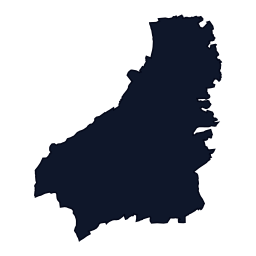 Sutesti, Vâlcea, Romania (Mercator projection)
{"feature_id": "2599482B44989926814330", "entity_name": "Sutesti", "entity_type": "district", "adm_level": 2, "iso_a3": "ROU", "parent_name": "Romania", "parent_adm1": "Vâlcea", "projection": "mercator", "projection_center": [24.211, 44.673], "detail": "fine", "context": "isolated", "style": "filled", "palette": "ink", "viewbox_px": 256, "rotation_deg": 0, "n_neighbors": 0, "source": "geoboundaries", "source_scale": "gbopen_adm2", "svg_char_len": 5819}
<svg xmlns="http://www.w3.org/2000/svg" viewBox="0 0 256 256"><path d="M136.4,221.2L139.1,220.5L139.2,220.2L142.4,219.2L142.5,218.7L149.8,216.5L150.6,217.6L150.6,218.3L150.3,219.4L150.4,221.0L151.5,222.9L157.1,222.5L163.6,222.9L167.1,222.4L170.2,217.7L173.9,217.8L175.3,217.5L178.3,218.0L179.4,218.6L179.7,218.9L179.9,219.2L178.6,219.6L178.6,221.3L178.9,222.3L183.2,222.5L185.0,222.3L184.9,216.4L186.9,215.1L188.2,214.6L188.4,214.0L190.8,212.9L194.9,210.5L194.7,210.2L197.7,208.5L198.4,209.5L200.1,208.2L200.9,209.4L201.5,209.0L202.6,207.3L203.3,205.4L204.2,203.5L202.2,199.3L200.3,196.6L199.0,193.9L198.9,193.0L198.3,192.6L198.0,190.0L198.3,188.9L197.9,187.4L197.7,185.8L198.3,183.6L198.0,181.0L197.7,179.9L198.0,178.3L197.5,175.2L197.0,174.2L196.5,173.7L194.1,172.4L193.8,172.2L193.8,171.8L193.9,171.4L198.8,167.5L206.5,162.3L206.7,162.1L206.7,161.7L209.8,159.4L209.4,158.1L209.5,157.9L211.1,157.2L210.8,156.8L210.4,156.3L210.2,154.8L210.0,154.4L209.6,154.4L209.7,153.7L212.3,153.0L213.5,151.6L214.5,149.5L209.9,150.0L208.5,150.0L208.2,149.8L207.4,148.6L206.9,147.2L205.0,146.4L204.2,142.8L203.3,140.1L204.6,139.6L205.0,140.2L206.6,139.8L207.2,139.3L208.1,137.2L208.4,137.1L209.4,137.1L210.2,137.7L211.2,137.7L211.5,136.9L211.3,135.1L212.2,134.8L210.6,129.7L205.6,131.1L203.8,132.2L197.6,133.3L197.1,133.2L195.6,134.2L195.5,134.7L193.3,135.3L192.9,132.6L194.1,131.2L196.1,128.1L197.0,127.3L199.1,126.5L208.2,126.6L209.8,126.3L211.0,125.5L214.7,126.0L215.7,125.8L215.9,125.7L215.9,125.2L216.3,124.5L218.2,122.4L214.3,123.0L213.4,121.6L214.1,121.0L217.0,119.9L217.0,119.4L216.4,119.1L215.7,118.3L214.3,118.3L213.5,118.0L213.0,117.5L212.9,116.9L212.5,116.1L213.3,114.2L212.3,112.3L207.3,110.6L206.7,112.6L202.0,110.6L201.7,110.1L201.4,110.2L201.1,109.9L200.3,108.1L201.2,107.7L202.0,106.8L205.8,108.3L207.0,108.2L208.9,107.1L210.7,104.4L210.4,103.7L209.7,103.4L209.4,102.8L208.9,101.2L207.8,100.7L206.1,101.1L204.8,101.0L203.1,101.6L202.0,101.6L200.6,101.0L199.6,101.4L198.0,101.2L197.7,101.0L197.7,100.1L197.1,98.5L204.9,98.2L205.9,99.0L206.5,99.0L208.4,97.9L208.7,98.0L209.6,96.9L209.6,96.4L209.1,95.1L207.6,94.6L207.4,93.0L206.9,92.1L206.3,92.0L206.3,91.4L206.8,90.0L206.4,88.1L210.9,87.5L214.0,86.8L214.6,84.8L212.9,84.1L212.2,83.5L212.4,83.0L212.4,82.1L214.2,79.4L214.3,78.7L217.1,79.0L219.0,81.0L220.2,79.8L219.7,79.5L221.0,77.2L220.3,77.0L221.0,74.6L220.7,74.3L220.5,72.8L219.8,72.7L219.9,72.2L219.5,71.4L219.4,69.7L219.6,69.2L220.2,68.8L220.4,65.9L220.6,65.0L219.8,62.7L221.2,62.0L220.7,61.3L219.8,60.9L219.7,60.2L218.9,59.6L218.4,60.2L217.6,59.8L216.3,57.6L216.4,56.9L216.8,56.1L218.4,54.9L218.4,54.4L218.0,53.4L215.9,50.6L216.0,49.3L215.8,48.2L215.0,46.4L216.1,44.8L215.6,44.5L214.9,44.6L211.0,45.4L210.8,46.8L210.4,47.9L209.4,48.7L208.9,48.5L207.0,46.3L209.3,43.2L209.6,43.0L209.1,41.4L211.5,40.5L212.4,40.6L213.7,40.1L213.6,39.5L214.0,39.3L214.7,38.2L214.7,37.9L214.4,37.8L214.2,37.3L213.3,37.0L213.1,35.0L212.2,35.1L211.7,29.8L212.2,29.3L213.2,28.9L212.6,26.2L209.4,21.5L207.1,22.2L207.7,22.8L207.7,23.3L204.3,27.1L203.8,27.3L203.6,27.8L201.7,28.3L201.0,27.7L200.1,27.7L197.8,23.3L198.5,22.6L198.9,22.6L199.4,21.7L200.6,21.3L202.6,20.0L202.7,18.8L200.8,16.7L200.3,16.8L200.1,17.4L199.6,17.8L199.4,18.3L199.2,18.1L198.9,17.2L197.7,17.3L196.6,16.9L196.2,16.5L194.3,17.1L193.0,17.9L192.1,17.4L191.5,17.4L191.2,17.7L190.5,18.0L187.1,17.8L187.0,17.5L185.5,17.6L185.6,17.9L184.2,18.3L182.9,18.2L183.0,17.5L182.6,17.0L182.6,16.3L181.9,15.9L181.7,15.4L176.5,17.8L176.4,16.7L176.1,16.2L174.8,16.9L173.4,16.8L172.4,18.1L169.1,18.8L168.2,18.8L165.4,18.2L158.5,18.8L159.0,20.2L159.5,21.0L156.4,22.6L149.8,22.9L150.0,24.2L150.8,26.0L151.2,28.2L152.0,30.2L152.8,35.3L153.3,37.2L153.1,39.0L153.6,41.1L153.3,47.0L152.8,50.3L151.8,54.2L151.0,58.1L146.4,56.4L145.8,58.1L146.5,58.5L146.0,60.0L146.2,60.8L146.6,61.2L146.5,61.8L144.9,64.5L144.2,66.4L143.7,67.2L142.5,66.7L141.1,68.9L140.4,69.7L139.9,70.8L140.9,71.9L139.3,72.5L136.1,71.0L132.1,70.3L131.0,70.3L129.1,71.8L128.4,72.7L127.3,75.2L131.7,80.9L132.3,81.3L129.2,85.3L128.7,86.5L128.6,88.0L127.4,90.2L123.9,94.6L122.8,96.4L122.4,96.7L122.0,99.1L121.9,99.5L121.1,99.6L121.3,100.4L119.8,101.6L120.0,102.2L119.9,102.9L119.2,104.1L119.2,106.4L113.8,109.8L113.5,107.9L109.6,110.5L107.6,111.6L105.1,113.3L104.8,112.9L99.7,116.6L96.6,117.3L95.0,118.7L94.9,119.0L95.0,120.5L94.6,121.3L93.5,122.9L92.2,124.2L90.1,124.5L88.2,126.0L87.1,127.6L83.9,129.8L82.0,130.7L80.0,131.3L77.4,132.7L74.3,136.1L70.5,138.0L67.7,138.8L67.2,139.4L66.6,140.8L65.5,142.0L63.8,142.8L62.5,143.2L61.2,143.9L58.0,144.2L56.5,145.2L55.6,144.9L54.3,143.9L52.1,144.1L50.7,145.8L50.0,147.1L49.9,147.8L49.9,150.1L50.1,150.7L51.1,151.7L51.1,152.2L50.9,152.7L49.8,153.9L48.9,155.8L47.2,157.7L46.2,158.2L43.0,158.3L40.7,163.2L37.9,167.3L35.7,170.0L35.4,170.8L35.6,171.2L35.6,173.9L36.0,175.0L35.8,176.2L36.2,180.8L36.7,181.9L36.7,182.8L36.7,183.0L35.0,185.4L34.9,186.2L35.4,187.4L35.3,189.9L35.5,190.6L35.2,191.4L34.8,195.3L35.2,195.7L35.4,196.9L38.7,195.5L40.8,195.0L44.7,193.1L49.2,192.0L49.7,191.9L50.6,192.7L51.3,193.0L53.0,192.4L54.7,192.3L55.7,192.4L56.3,192.8L56.9,193.8L57.1,196.8L57.4,198.7L58.0,200.0L59.9,202.2L60.5,207.0L64.6,206.4L66.7,206.7L69.1,207.7L71.7,208.5L73.4,210.3L73.6,211.4L73.4,213.1L75.3,215.6L76.5,219.2L76.7,221.0L76.6,225.6L75.5,227.8L74.7,230.6L75.4,231.9L76.5,233.2L77.6,236.2L78.7,238.0L79.4,240.6L80.4,239.8L83.1,238.2L86.7,235.6L90.0,233.8L89.2,232.1L88.5,231.3L93.9,229.3L96.3,227.9L97.9,226.0L98.7,224.2L99.8,223.1L101.0,222.7L105.7,222.0L106.4,223.6L107.2,222.7L109.1,221.3L112.3,219.8L114.2,219.4L116.2,219.5L118.4,219.2L119.8,218.4L122.8,216.1L124.2,214.6L124.4,214.7L124.4,215.5L125.6,219.1L127.0,218.7L129.0,216.8L131.7,215.3L132.9,215.6L133.8,214.4L134.0,213.6L135.4,214.5L136.8,214.5L136.9,218.4L136.4,221.2Z" fill="#0f172a" stroke="#020617" stroke-width="1.5"/></svg>